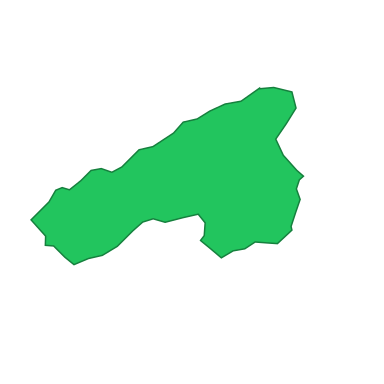 the district of Lund, Skåne, Sweden, rotated 315°
{"feature_id": "70781695B29606605667306", "entity_name": "Lund", "entity_type": "district", "adm_level": 2, "iso_a3": "SWE", "parent_name": "Sweden", "parent_adm1": "Skåne", "projection": "equal_earth", "projection_center": [13.388, 55.685], "detail": "fine", "context": "isolated", "style": "filled", "palette": "green", "viewbox_px": 384, "rotation_deg": 315, "n_neighbors": 0, "source": "geoboundaries", "source_scale": "gbopen_adm2", "svg_char_len": 887}
<svg xmlns="http://www.w3.org/2000/svg" viewBox="0 0 384 384"><g transform="rotate(315 192 192)"><path d="M50.6,126.0L56.0,132.3L56.0,148.2L56.7,155.2L57.2,159.9L71.7,165.8L83.8,173.4L100.8,177.6L122.6,177.6L135.9,178.4L145.6,183.5L151.6,194.4L167.4,203.7L180.7,212.1L179.5,223.1L169.8,231.5L163.8,232.3L163.8,232.8L165.0,245.0L166.2,259.3L179.5,262.7L189.2,269.5L201.3,272.0L208.6,280.5L215.9,288.9L235.7,289.6L237.7,286.4L251.1,279.6L263.2,273.7L268.0,263.6L276.5,259.3L282.0,259.6L281.4,250.9L282.5,230.6L288.6,213.8L306.8,210.4L324.9,206.2L333.4,191.9L323.7,175.9L312.7,166.7L313.1,166.3L290.9,162.5L277.6,153.2L261.9,147.4L247.3,144.0L235.2,136.4L220.7,137.3L196.5,132.3L184.4,124.7L160.1,124.7L149.3,121.4L144.4,111.3L135.9,105.4L121.4,105.4L106.9,103.8L103.3,97.1L96.9,94.4L83.9,97.9L58.5,97.9L57.3,119.7L50.6,126.0Z" fill="#22c55e" stroke="#15803d" stroke-width="1.5"/></g></svg>